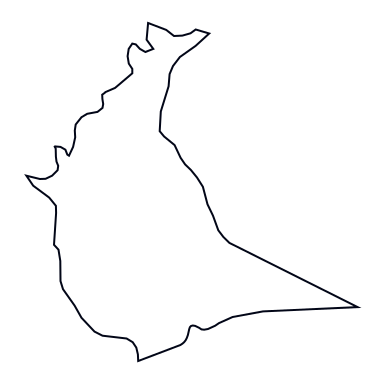 map outline of Al Qalyubiyah (Mercator projection)
{"feature_id": "EGY-1534", "entity_name": "Al Qalyubiyah", "entity_type": "Governorate", "adm_level": 1, "iso_a3": "EGY", "parent_name": "Egypt", "parent_adm1": "", "projection": "mercator", "projection_center": [31.238, 30.352], "detail": "fine", "context": "isolated", "style": "outline", "palette": "ink", "viewbox_px": 384, "rotation_deg": 0, "n_neighbors": 0, "source": "natural_earth", "source_scale": "10m", "svg_char_len": 1325}
<svg xmlns="http://www.w3.org/2000/svg" viewBox="0 0 384 384"><path d="M357.6,307.1L263.0,311.4L232.6,317.0L219.0,323.1L215.2,325.7L208.0,329.0L204.2,329.7L201.5,329.4L199.1,327.8L195.2,325.9L192.8,325.5L191.0,326.0L189.9,327.2L189.2,329.2L187.9,335.0L186.8,338.0L185.6,340.3L184.1,342.2L182.5,343.6L180.4,345.0L138.2,361.0L137.9,354.4L136.3,347.6L132.7,342.2L126.6,338.5L102.5,335.7L94.5,331.6L81.5,317.8L74.6,305.6L63.0,289.2L60.5,281.1L60.3,261.0L58.5,249.7L54.0,244.8L56.1,213.0L55.9,205.8L49.2,197.6L33.2,185.7L26.4,175.7L39.9,179.0L45.6,178.8L52.1,175.7L57.6,170.2L58.2,165.8L56.5,161.6L55.9,156.7L55.7,148.5L54.3,146.0L54.8,146.4L60.5,146.9L65.4,149.7L67.3,154.6L69.0,155.7L73.1,146.9L75.2,137.3L74.8,130.5L75.7,124.5L81.5,117.2L87.2,113.8L97.5,111.9L102.5,107.9L103.2,104.0L102.4,99.0L102.2,94.7L104.8,92.8L105.4,92.1L115.1,87.9L132.3,73.3L132.3,68.9L128.8,63.6L127.6,56.2L128.7,48.9L132.3,43.6L135.8,44.4L139.8,48.8L145.3,52.0L153.3,48.9L146.6,39.7L148.1,23.0L166.2,29.9L174.0,36.0L182.4,35.6L190.5,33.3L195.7,29.5L209.2,33.5L195.6,45.9L179.9,57.0L173.0,66.0L169.6,74.1L168.6,86.3L160.8,111.5L159.7,131.2L164.1,136.5L174.6,145.1L180.6,157.8L185.1,164.4L190.9,170.0L197.0,177.5L202.9,186.8L207.5,204.3L213.0,215.7L218.3,230.3L223.4,237.0L229.4,242.9L357.6,307.1Z" fill="none" stroke="#020617" stroke-width="2"/></svg>